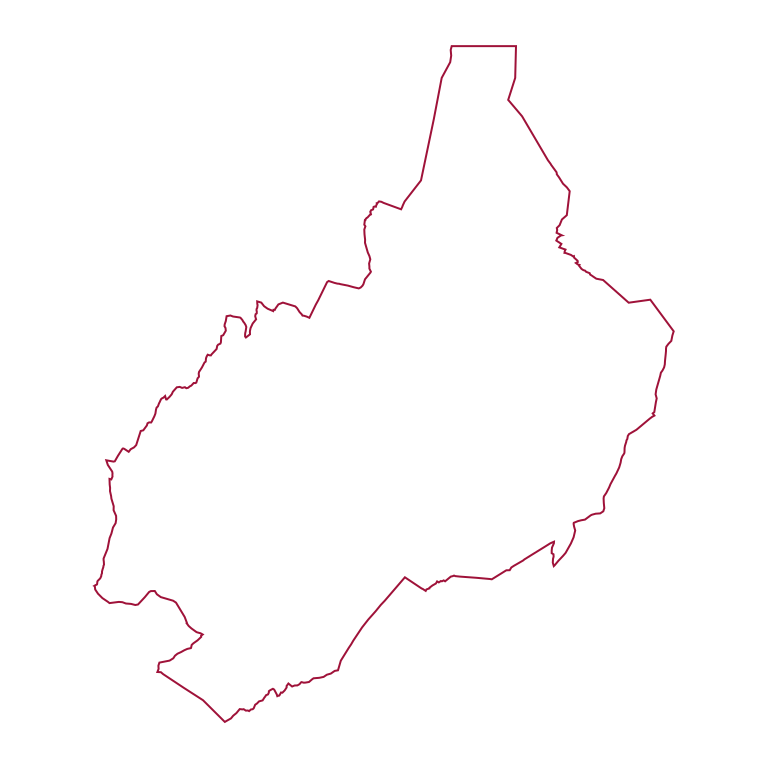 the district of Atlatlahucan, Morelos, Mexico
{"feature_id": "50627088B89977310862444", "entity_name": "Atlatlahucan", "entity_type": "district", "adm_level": 2, "iso_a3": "MEX", "parent_name": "Mexico", "parent_adm1": "Morelos", "projection": "natural_earth1", "projection_center": [-98.903, 18.941], "detail": "fine", "context": "isolated", "style": "outline", "palette": "rose", "viewbox_px": 768, "rotation_deg": 0, "n_neighbors": 0, "source": "geoboundaries", "source_scale": "gbopen_adm2", "svg_char_len": 6098}
<svg xmlns="http://www.w3.org/2000/svg" viewBox="0 0 768 768"><path d="M650.3,299.7L628.7,302.7L603.1,280.0L596.3,278.7L590.1,274.5L589.7,273.2L586.1,271.8L585.2,270.7L583.3,270.1L581.5,268.9L579.1,265.8L579.5,264.9L577.9,264.5L575.9,263.0L577.8,262.0L577.6,260.8L574.1,257.6L573.9,256.1L573.1,256.4L570.9,254.9L565.3,252.9L564.5,252.9L564.7,251.3L565.5,249.6L559.3,247.4L561.4,243.9L556.3,240.6L557.5,237.8L561.1,235.4L561.8,235.3L556.6,232.8L557.2,230.0L556.8,228.0L559.6,225.2L561.9,219.5L566.8,215.2L569.7,191.2L566.9,187.4L563.0,183.7L559.0,177.3L556.8,174.3L556.8,173.5L556.5,172.2L551.1,164.8L550.7,164.0L547.9,160.2L522.1,116.3L508.2,99.9L515.2,77.9L516.0,46.1L451.7,46.1L450.7,50.0L451.2,55.6L450.2,62.2L441.7,77.9L433.8,119.2L421.0,180.4L404.6,201.5L402.8,205.4L402.3,206.8L401.1,209.3L383.6,202.9L381.4,201.8L379.0,201.4L377.8,202.8L376.7,203.2L376.9,204.2L376.2,205.4L375.9,206.7L374.5,206.5L373.6,206.9L373.1,209.4L371.0,210.3L370.3,211.8L370.6,212.1L370.5,212.8L371.0,214.3L370.7,214.6L370.2,214.5L367.4,217.6L366.7,217.9L365.7,219.0L365.4,220.1L364.9,220.1L364.3,224.7L365.4,226.3L364.3,229.5L364.5,234.2L365.1,239.8L365.0,242.8L367.8,252.5L369.4,256.0L370.3,259.3L369.1,263.5L369.4,266.6L369.4,268.6L370.9,271.7L370.5,272.5L365.0,279.3L363.4,284.2L362.5,285.7L360.7,287.5L358.8,288.4L353.6,287.2L347.9,285.6L340.2,284.1L339.4,283.8L337.3,283.6L334.5,282.9L328.7,281.0L327.1,282.1L318.2,300.3L315.8,304.6L309.4,317.8L306.7,316.6L303.8,315.7L302.5,315.6L301.7,314.3L299.6,312.1L297.1,308.2L295.3,306.4L282.9,302.6L278.4,304.4L275.4,308.6L274.8,309.9L273.5,309.8L273.2,311.1L267.6,308.7L264.1,306.2L261.3,302.6L257.2,301.4L257.3,304.1L257.6,305.0L257.2,307.9L256.6,309.0L256.5,310.2L256.8,311.8L256.7,313.4L255.6,314.2L255.2,316.1L255.7,318.1L256.1,319.3L252.7,323.5L250.6,328.0L250.1,330.2L249.9,331.6L250.0,334.3L245.9,337.5L245.1,336.5L245.1,334.2L245.3,332.6L245.6,331.6L246.3,327.0L245.6,325.0L244.1,322.6L243.3,321.7L242.3,319.9L240.5,317.8L239.9,317.5L233.0,316.5L230.4,315.5L226.6,316.2L225.8,321.0L224.7,324.3L224.5,326.2L225.5,328.0L225.8,330.7L223.2,335.2L221.3,336.0L220.9,342.3L220.4,343.6L218.1,344.7L217.2,345.9L216.6,349.0L211.6,354.3L210.9,355.4L209.5,355.3L207.7,354.7L206.7,356.4L206.0,358.3L205.7,361.6L204.5,362.5L201.9,367.5L199.0,372.0L198.7,373.8L199.0,376.3L198.8,377.0L197.6,378.3L196.3,382.6L195.4,383.1L193.7,383.0L191.3,385.6L189.9,386.3L188.1,387.8L186.3,388.2L184.9,387.2L182.1,387.9L179.8,386.9L176.8,387.3L172.9,391.7L171.7,394.3L169.5,396.9L166.8,399.5L166.1,399.4L165.1,396.0L163.4,397.7L162.2,398.2L161.1,399.1L160.3,400.7L159.9,401.7L159.0,403.4L157.9,406.4L156.6,407.6L156.0,409.6L155.4,413.6L154.3,416.4L151.8,421.5L151.1,422.5L149.1,422.4L147.5,423.3L146.9,425.4L143.3,430.3L140.7,431.0L136.2,445.1L134.0,447.4L130.7,449.2L128.7,451.8L124.5,449.0L123.5,448.5L122.8,448.5L122.3,449.0L117.9,455.9L114.8,461.3L113.5,461.6L106.3,460.3L107.8,464.9L112.2,471.6L112.5,473.2L112.4,475.1L112.5,476.6L111.3,479.4L109.5,478.9L109.7,484.6L110.1,487.9L110.0,491.1L111.1,496.0L111.4,498.6L113.7,506.2L113.6,510.2L116.1,515.9L116.2,519.4L115.6,523.2L113.0,527.5L111.4,533.6L109.6,538.1L107.5,548.9L103.6,558.5L103.6,560.1L103.8,561.4L104.0,564.6L103.5,565.8L103.3,567.2L102.6,569.3L102.0,571.5L102.0,573.2L101.4,574.7L101.2,576.3L100.2,578.4L97.7,580.9L97.4,581.4L97.1,584.1L96.9,584.5L95.4,585.2L94.3,585.9L94.8,586.2L95.2,589.5L98.0,593.7L102.4,598.1L108.0,601.9L109.5,603.1L118.9,601.9L122.4,602.2L125.9,603.5L131.0,603.9L135.3,605.0L138.0,604.5L144.8,597.2L149.1,592.0L150.8,591.1L154.8,591.0L156.9,594.3L160.8,597.1L173.1,600.7L176.0,602.6L184.7,617.0L187.0,623.1L186.7,623.3L188.7,626.0L191.4,628.4L196.2,631.9L197.0,632.3L200.6,633.3L202.7,634.5L201.1,635.7L201.2,636.9L197.5,640.4L193.4,643.3L191.7,644.9L191.1,647.7L190.9,648.1L187.3,648.9L184.2,650.3L181.0,652.1L177.5,653.7L175.0,655.7L173.3,658.3L169.6,660.6L159.4,662.6L158.4,665.7L158.6,668.9L157.4,672.0L160.9,672.2L163.1,674.1L183.9,687.9L203.0,700.2L224.8,721.9L231.0,718.4L233.2,715.7L236.4,713.1L239.7,709.1L242.5,709.4L243.7,709.2L245.8,710.6L247.9,710.5L249.1,711.1L250.9,709.5L252.7,709.2L253.7,708.3L255.2,704.7L257.0,703.5L259.0,701.4L262.6,700.4L264.5,697.4L265.3,696.5L265.9,695.3L268.0,694.4L268.8,692.7L268.9,691.2L269.3,690.8L271.1,689.7L272.9,688.8L274.2,689.6L276.8,694.5L277.3,696.2L277.6,696.1L277.9,695.6L279.0,695.7L279.6,695.1L281.0,692.5L282.4,692.7L284.7,690.4L286.6,687.5L286.6,686.0L288.4,683.5L292.1,686.5L294.6,685.5L297.4,685.4L299.5,684.2L301.1,682.3L301.6,682.1L303.7,682.7L305.4,682.6L309.0,682.0L312.0,679.4L313.5,678.3L319.4,677.8L323.6,676.9L326.9,674.7L330.8,673.6L334.7,670.9L338.0,670.3L340.8,660.7L348.8,647.8L351.1,644.4L353.3,640.6L362.1,627.4L368.3,619.5L375.5,611.4L380.8,604.9L384.7,600.8L404.9,577.3L421.8,588.6L422.5,588.8L425.7,590.9L426.5,589.4L429.4,588.4L429.4,587.8L432.4,585.5L435.9,583.5L437.1,581.4L438.8,582.4L440.9,581.0L441.9,581.3L443.7,580.4L445.1,581.3L450.8,576.6L452.9,576.1L453.7,575.7L454.1,575.6L455.2,576.1L459.9,576.6L476.5,577.8L489.8,579.0L491.8,579.3L506.3,570.3L509.7,570.2L511.3,567.5L513.9,565.8L523.1,560.5L524.4,559.4L532.1,554.6L543.6,547.5L550.3,543.3L554.0,541.7L553.9,543.3L552.0,547.6L551.7,550.5L551.7,553.2L553.5,554.3L553.6,556.7L553.0,558.9L552.8,562.7L553.8,566.1L554.8,565.1L558.4,560.8L563.2,555.7L565.6,552.9L570.9,543.5L573.6,537.3L575.2,530.5L574.1,526.6L573.6,523.9L573.8,522.8L578.0,521.1L581.1,520.3L585.0,519.6L590.6,515.4L592.0,514.7L595.7,513.7L600.2,513.4L603.3,511.3L604.3,508.2L603.8,503.0L603.6,498.5L603.9,496.4L606.2,493.1L609.1,487.5L610.5,484.1L615.0,475.8L616.4,473.4L619.2,467.4L620.6,462.7L621.2,459.2L622.3,456.3L624.1,453.6L624.4,452.9L624.5,451.7L624.6,448.0L625.0,445.7L626.2,442.0L626.5,440.3L627.3,439.0L627.8,436.0L629.0,434.1L636.4,429.8L649.8,418.6L652.2,416.8L654.4,415.6L652.7,413.4L654.3,412.1L655.9,402.1L656.7,398.4L655.6,394.3L656.3,389.5L660.2,375.9L660.9,372.7L662.5,370.5L664.1,367.4L664.8,364.4L665.0,361.0L665.7,354.3L666.0,351.0L666.0,348.8L666.3,346.7L668.4,343.9L671.3,340.9L672.4,335.4L673.7,331.3L650.3,299.7Z" fill="none" stroke="#9f1239" stroke-width="2"/></svg>